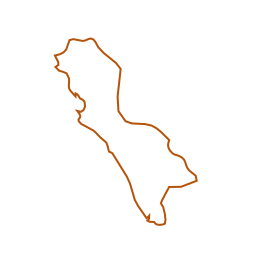 the border of Zambales, rotated 340°
{"feature_id": "PHL-2560", "entity_name": "Zambales", "entity_type": "Province", "adm_level": 1, "iso_a3": "PHL", "parent_name": "Philippines", "parent_adm1": "", "projection": "natural_earth1", "projection_center": [120.095, 15.304], "detail": "fine", "context": "isolated", "style": "outline", "palette": "amber", "viewbox_px": 256, "rotation_deg": 340, "n_neighbors": 0, "source": "natural_earth", "source_scale": "10m", "svg_char_len": 1399}
<svg xmlns="http://www.w3.org/2000/svg" viewBox="0 0 256 256"><g transform="rotate(340 128 128)"><path d="M135.3,207.5L133.2,210.0L134.0,214.4L133.3,221.0L131.8,227.2L129.9,230.5L127.7,230.6L124.8,229.9L122.3,228.7L121.2,227.4L120.3,225.2L116.2,223.5L114.6,221.7L115.9,221.1L116.8,220.3L117.3,219.2L117.9,217.7L117.2,218.1L114.6,219.1L110.9,205.0L109.8,197.9L110.9,180.9L110.3,173.3L104.7,146.4L103.2,144.7L102.2,143.9L102.2,142.1L102.6,138.8L102.7,134.6L102.0,133.1L98.8,127.4L96.1,121.2L94.4,118.3L85.4,108.1L84.0,104.7L84.4,103.1L86.8,101.4L87.3,100.3L87.2,98.6L87.0,97.3L86.2,94.6L89.2,96.7L92.4,95.9L95.0,93.0L96.1,88.7L95.8,87.4L95.0,86.0L94.1,84.8L93.3,84.3L92.9,83.4L92.6,81.3L91.9,79.1L90.6,77.7L90.3,78.5L89.5,80.4L86.6,73.2L86.2,70.7L86.6,68.7L88.7,63.8L89.5,61.2L89.0,55.7L86.3,53.1L82.9,50.6L80.7,45.9L84.2,44.9L85.0,42.0L84.1,34.9L84.7,35.0L89.2,35.4L93.3,34.9L96.8,33.1L103.2,25.4L107.0,25.8L115.2,30.7L117.4,31.1L121.9,30.9L123.9,31.3L125.8,33.1L126.8,36.0L127.7,42.0L130.7,49.0L139.0,62.9L141.3,70.0L128.9,95.1L124.8,108.9L128.0,120.8L133.0,124.9L145.4,130.2L151.0,133.8L154.7,138.0L157.6,142.9L162.6,153.4L160.8,155.8L159.7,158.0L159.3,160.5L159.7,163.6L161.2,167.1L163.2,169.3L165.7,171.1L168.3,173.7L169.8,176.7L170.1,179.6L169.9,182.6L170.1,186.0L171.0,188.9L175.3,196.0L174.5,201.1L157.7,201.4L146.5,197.5L135.3,207.5Z" fill="none" stroke="#b45309" stroke-width="2"/></g></svg>